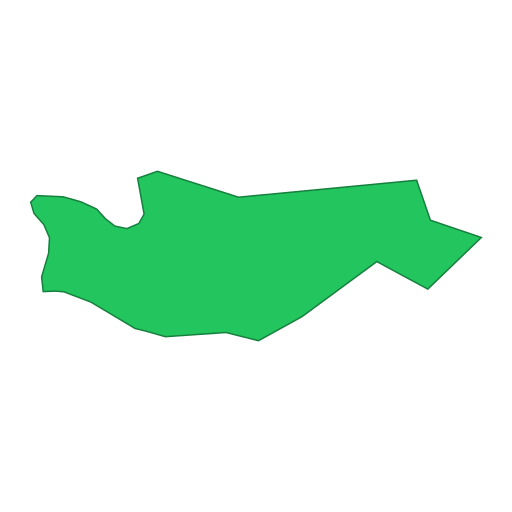 the Municipality of Ikskiles
{"feature_id": "LVA-5761", "entity_name": "Ikskiles", "entity_type": "Municipality", "adm_level": 1, "iso_a3": "LVA", "parent_name": "Latvia", "parent_adm1": "", "projection": "natural_earth1", "projection_center": [24.522, 56.856], "detail": "fine", "context": "isolated", "style": "filled", "palette": "green", "viewbox_px": 512, "rotation_deg": 0, "n_neighbors": 0, "source": "natural_earth", "source_scale": "10m", "svg_char_len": 526}
<svg xmlns="http://www.w3.org/2000/svg" viewBox="0 0 512 512"><path d="M146.1,331.2L135.1,328.5L90.9,302.1L63.8,291.8L55.5,291.1L43.2,291.6L41.6,276.9L48.6,253.2L49.5,237.8L43.9,224.7L34.0,213.4L30.7,202.2L37.0,195.6L63.2,196.8L81.1,201.9L96.7,209.1L105.6,218.9L114.9,226.1L126.9,228.6L138.8,223.5L144.1,214.1L137.6,178.2L157.4,171.3L238.5,197.2L416.6,180.2L430.4,220.2L481.3,237.5L427.8,289.1L376.8,261.6L301.9,316.7L258.5,340.7L225.9,332.5L165.4,336.7L146.1,331.2Z" fill="#22c55e" stroke="#15803d" stroke-width="1.5"/></svg>